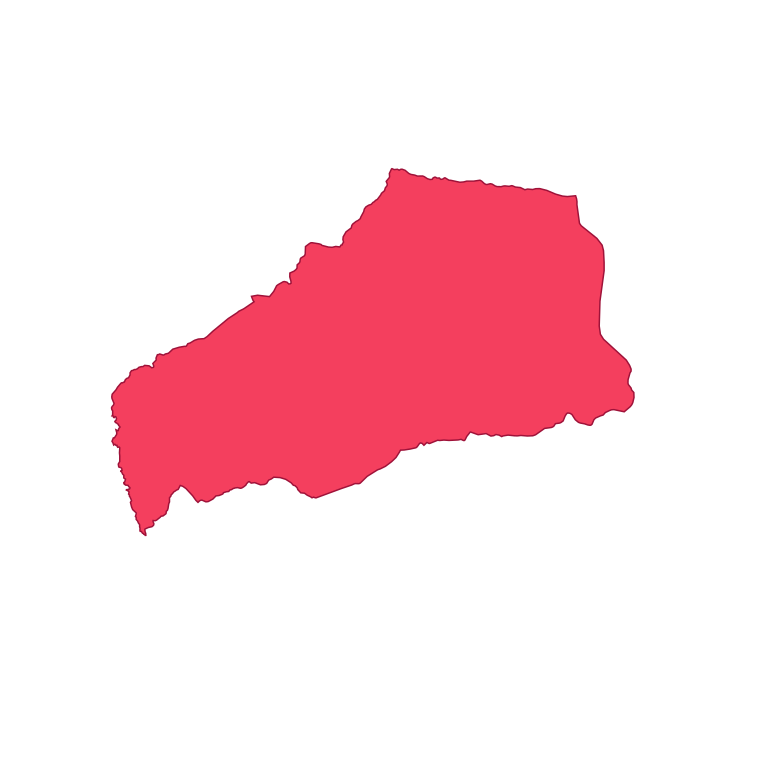 El Molino, La Guajira, Colombia, rotated 308°
{"feature_id": "7082276B93784631738012", "entity_name": "El Molino", "entity_type": "district", "adm_level": 2, "iso_a3": "COL", "parent_name": "Colombia", "parent_adm1": "La Guajira", "projection": "orthographic", "projection_center": [-72.929, 10.627], "detail": "fine", "context": "isolated", "style": "filled", "palette": "rose", "viewbox_px": 768, "rotation_deg": 308, "n_neighbors": 0, "source": "geoboundaries", "source_scale": "gbopen_adm2", "svg_char_len": 6159}
<svg xmlns="http://www.w3.org/2000/svg" viewBox="0 0 768 768"><g transform="rotate(308 384 384)"><path d="M650.3,419.1L644.6,413.1L642.0,409.0L639.3,402.4L636.8,393.1L633.9,386.5L631.4,383.4L628.8,381.4L626.0,377.1L623.8,375.4L622.8,370.6L620.1,366.3L619.3,363.3L618.8,362.4L616.8,360.9L614.6,357.4L613.6,356.3L611.6,354.8L609.2,351.6L608.5,349.7L608.1,346.1L607.3,344.5L604.8,342.5L604.0,341.5L603.7,339.6L604.0,336.1L603.7,334.2L599.0,329.7L594.8,324.3L592.2,322.3L589.7,319.6L585.6,311.2L584.6,309.7L584.1,305.3L583.6,304.7L581.6,304.1L580.3,302.9L580.2,302.0L580.5,300.9L578.9,299.0L578.7,297.3L578.2,296.6L576.7,295.8L575.0,296.0L573.5,294.4L572.5,291.8L572.2,288.1L571.7,286.4L568.4,282.3L567.6,279.7L565.7,276.1L565.2,273.9L565.4,269.1L564.4,266.0L563.5,265.0L561.8,264.3L561.5,262.4L559.2,260.0L558.6,257.7L558.1,257.5L553.2,258.6L550.9,260.7L550.0,261.1L545.0,261.0L543.7,263.3L542.9,264.0L542.1,264.3L539.4,264.3L536.6,265.4L532.7,264.6L531.1,265.0L525.4,265.1L523.3,264.2L521.9,264.2L520.2,263.5L517.8,263.4L515.4,261.8L512.4,260.7L509.8,260.8L507.3,261.9L501.0,263.0L499.8,263.5L497.0,262.9L494.9,261.9L490.8,260.9L489.2,261.0L486.8,262.1L480.6,260.4L474.9,261.2L472.5,262.7L470.9,264.8L468.9,264.9L468.0,265.4L467.0,264.6L464.8,264.8L462.7,261.3L459.8,259.0L457.7,255.9L455.0,249.7L455.2,248.5L454.4,246.4L451.2,240.6L450.4,239.5L448.9,238.8L444.0,237.5L437.9,241.9L436.2,242.4L431.9,240.9L430.9,241.1L428.6,242.5L427.3,242.7L424.4,242.2L421.8,244.1L420.1,244.2L417.5,243.6L413.5,241.5L410.4,243.8L407.7,247.4L406.2,248.7L405.2,248.4L404.2,247.4L404.5,244.9L403.4,242.4L402.5,241.6L397.2,239.4L395.3,238.9L389.1,240.1L382.4,240.0L376.1,229.7L371.5,225.6L369.3,229.2L368.8,231.0L356.7,227.1L351.9,224.8L349.8,224.4L339.8,221.0L320.0,216.6L312.3,215.4L309.0,214.3L305.1,210.0L301.8,207.8L296.9,205.9L295.0,204.6L292.2,204.9L291.5,204.5L290.8,203.5L286.9,200.0L281.4,196.1L275.5,195.2L273.0,193.2L271.3,192.6L270.8,192.1L269.6,188.8L268.2,188.1L267.6,187.4L264.6,188.2L263.8,188.6L263.5,189.1L262.4,189.7L257.9,189.2L256.3,191.6L255.2,192.1L253.8,191.0L253.7,187.7L251.3,183.9L249.4,183.4L248.4,182.2L246.3,180.6L244.2,180.3L242.5,179.4L241.6,178.3L240.4,177.9L239.0,176.8L236.5,177.0L234.8,178.3L232.0,178.8L231.1,178.6L230.4,178.0L228.3,177.5L225.7,178.2L225.0,177.6L224.0,177.3L223.3,176.4L222.7,176.2L217.4,176.0L214.6,176.4L208.6,176.1L206.3,177.4L205.1,178.6L202.5,183.2L200.8,183.8L198.9,183.6L197.4,184.0L196.2,185.4L195.8,186.7L192.7,189.1L191.5,189.3L192.1,190.1L191.3,191.3L191.3,192.0L192.8,192.1L193.0,193.0L192.1,194.5L190.5,195.2L189.6,194.9L188.6,195.1L188.4,196.7L188.7,197.2L188.5,198.6L188.7,199.6L188.0,200.3L187.7,202.3L187.3,202.6L186.2,202.4L185.0,202.6L183.7,203.3L183.3,203.0L182.9,201.0L181.0,203.5L179.5,204.4L175.6,204.7L174.9,203.9L171.4,204.9L170.8,206.5L169.5,208.6L170.7,208.9L170.9,209.3L170.6,210.5L171.3,211.4L170.6,212.0L170.2,213.2L171.2,214.0L171.3,214.5L171.0,215.1L166.8,218.0L164.6,220.1L160.2,223.5L157.3,223.9L155.7,225.6L155.3,226.4L156.1,228.1L156.0,229.2L154.7,230.7L153.4,230.1L153.1,230.3L153.2,231.4L152.1,233.4L151.9,235.2L150.1,236.5L149.7,237.1L149.9,238.9L147.1,240.0L146.2,239.6L145.6,240.1L145.8,240.8L145.1,241.2L145.4,241.8L145.2,242.5L146.6,244.8L145.9,246.0L146.1,246.4L145.9,247.6L145.0,248.1L144.4,248.0L144.0,247.5L143.7,247.6L142.2,246.1L141.8,246.2L142.2,248.5L141.9,249.6L140.0,250.5L139.9,251.6L138.8,252.5L138.6,253.4L137.3,255.8L136.5,257.0L134.7,257.0L131.7,260.8L130.3,263.3L129.9,268.0L129.1,268.7L126.5,269.7L126.4,270.8L124.7,272.1L124.3,274.2L123.3,275.9L122.8,277.8L121.7,278.9L121.1,279.2L120.2,280.5L118.4,281.8L117.8,282.6L118.4,283.6L117.7,285.6L118.0,286.3L117.7,287.3L118.1,288.2L117.7,289.0L118.1,289.5L119.6,288.2L120.4,286.8L122.2,285.0L122.7,285.0L125.9,286.7L128.7,289.0L130.7,289.4L131.5,289.1L132.2,288.7L133.4,286.7L134.3,286.1L135.3,287.8L136.7,288.6L141.3,289.7L142.5,289.7L144.0,291.1L147.3,292.0L147.9,291.9L149.7,290.8L151.1,291.1L153.0,290.4L157.1,288.1L159.0,287.6L162.3,285.0L164.3,285.1L165.8,284.5L167.1,284.8L169.7,284.8L170.8,285.3L172.7,285.8L174.2,286.7L178.6,285.9L179.5,288.5L179.7,292.4L178.1,302.1L176.5,307.4L176.2,310.3L178.7,310.7L179.9,311.4L180.5,312.3L181.4,316.0L182.0,316.8L183.2,317.9L188.0,320.0L192.4,320.5L194.6,322.7L197.3,324.3L198.4,324.7L199.5,324.4L202.0,326.1L203.7,327.8L205.8,327.9L206.9,328.9L208.6,329.4L210.6,330.8L212.2,332.4L213.4,335.0L214.4,335.9L216.4,336.7L219.2,337.4L220.8,337.1L223.6,337.4L224.3,338.2L224.0,339.2L224.2,340.4L226.7,342.9L228.5,348.7L231.2,351.6L233.4,352.7L237.2,352.3L239.9,353.7L242.7,354.5L246.3,359.8L248.4,365.3L249.0,371.7L248.4,374.8L249.1,376.6L248.8,379.4L247.7,381.1L247.0,385.4L249.0,388.6L249.1,392.0L249.9,395.4L250.0,397.3L251.5,398.2L252.0,399.9L252.5,400.6L275.6,414.9L284.6,420.8L286.8,421.9L287.8,422.6L290.0,425.6L291.3,426.3L300.9,427.6L312.5,431.8L314.8,433.3L320.0,435.8L327.4,437.8L333.5,438.7L339.7,438.1L342.0,437.7L344.4,440.5L348.9,444.7L353.4,448.4L354.9,448.8L358.6,448.6L359.9,448.9L360.7,450.6L360.3,453.2L364.3,453.8L364.9,456.2L365.6,456.8L372.7,460.9L373.8,462.7L376.7,465.7L379.6,470.0L385.5,476.8L387.8,478.8L388.4,481.4L388.9,482.1L389.8,482.3L393.6,481.5L399.1,481.5L399.5,481.9L402.0,489.4L407.8,495.0L408.8,500.3L410.9,502.3L413.1,503.3L414.6,506.2L415.0,509.1L416.4,509.8L420.1,513.2L423.4,518.5L425.2,521.0L427.7,523.5L431.3,529.0L434.9,533.2L437.3,534.7L447.9,537.9L452.7,542.6L454.0,543.4L455.3,543.8L458.3,543.5L461.4,546.5L462.7,547.2L465.2,547.9L470.0,546.5L472.4,546.2L473.7,546.3L474.4,546.8L475.4,548.6L475.7,550.8L473.6,556.8L473.5,560.8L474.1,562.7L476.1,566.6L477.2,569.8L478.3,571.8L479.0,572.4L480.4,572.7L485.1,571.4L487.5,571.7L492.2,574.2L494.5,575.8L497.8,576.0L502.2,578.2L503.8,579.2L505.4,581.0L510.0,590.4L517.8,592.0L520.3,592.0L522.5,591.5L527.3,589.3L531.1,586.1L531.7,582.9L533.0,581.0L534.0,576.9L534.9,575.7L537.6,573.7L544.2,571.0L546.2,570.8L547.9,569.5L549.9,566.0L552.0,560.2L554.4,529.5L556.4,523.9L562.2,517.9L582.2,503.2L608.8,487.7L615.3,482.6L624.2,474.9L627.7,470.4L629.8,462.1L630.1,442.0L631.0,439.1L644.1,425.6L646.5,423.8L648.5,421.7L650.3,419.1Z" fill="#f43f5e" stroke="#9f1239" stroke-width="1.5"/></g></svg>